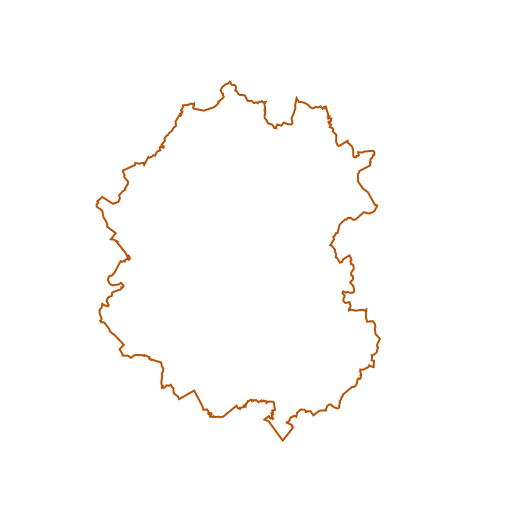 Jerez, Zacatecas, Mexico, rotated 216°
{"feature_id": "50627088B51147239881663", "entity_name": "Jerez", "entity_type": "district", "adm_level": 2, "iso_a3": "MEX", "parent_name": "Mexico", "parent_adm1": "Zacatecas", "projection": "robinson", "projection_center": [-103.004, 22.71], "detail": "fine", "context": "isolated", "style": "outline", "palette": "amber", "viewbox_px": 512, "rotation_deg": 216, "n_neighbors": 0, "source": "geoboundaries", "source_scale": "gbopen_adm2", "svg_char_len": 6142}
<svg xmlns="http://www.w3.org/2000/svg" viewBox="0 0 512 512"><g transform="rotate(216 256 256)"><path d="M360.7,159.4L361.1,155.5L362.6,153.9L362.8,152.4L361.9,149.7L357.9,147.5L354.9,147.9L350.3,152.4L349.5,154.9L345.6,154.0L345.4,152.0L346.5,151.6L345.7,149.8L350.6,142.5L350.7,141.6L349.2,139.0L351.4,135.3L350.4,131.8L346.2,129.6L346.2,128.4L349.6,127.0L352.2,126.9L350.6,123.7L350.8,120.1L350.3,120.0L348.5,117.4L343.9,114.5L343.6,112.9L344.0,112.1L342.3,111.4L340.4,112.8L338.8,112.8L331.6,110.5L330.2,109.3L326.4,108.8L325.4,109.2L310.7,106.5L311.6,100.4L306.3,98.1L305.5,96.9L301.0,100.1L297.3,100.1L296.2,103.8L295.2,105.2L289.7,108.9L287.8,109.4L288.0,110.2L282.8,111.6L282.4,110.2L279.7,110.3L279.8,110.8L270.2,114.1L267.3,111.4L264.9,110.6L263.4,108.0L262.9,105.2L261.7,104.4L258.2,97.9L255.4,95.2L255.1,95.7L254.5,94.1L252.5,95.9L252.4,98.7L250.4,99.6L249.4,101.7L246.8,100.5L245.3,100.7L242.1,96.7L236.3,96.4L234.1,95.0L226.9,110.8L210.9,102.9L208.2,100.7L205.5,103.0L202.9,102.2L202.1,100.5L201.2,100.0L200.7,100.3L200.8,101.9L199.6,102.5L198.9,101.4L198.7,99.1L196.5,100.2L196.3,101.4L195.0,101.3L191.8,104.0L190.4,104.4L188.1,106.7L183.8,123.4L181.2,122.2L179.1,122.8L179.7,123.8L177.0,126.6L177.9,127.6L177.6,128.4L176.0,128.3L177.4,130.3L176.8,131.3L177.3,133.9L176.6,134.3L175.9,136.3L174.8,137.2L174.0,136.3L173.2,136.6L172.8,138.4L171.6,138.7L171.1,139.6L167.9,139.2L166.7,142.4L165.6,142.0L165.1,143.3L164.0,143.3L163.2,144.5L162.4,144.5L161.1,143.3L160.5,145.4L157.0,147.9L155.6,148.1L150.1,142.5L152.0,140.6L150.5,139.8L151.2,138.0L150.5,137.7L150.1,138.6L148.9,138.0L149.7,136.2L146.5,134.6L146.7,134.0L148.0,134.6L148.7,133.0L151.5,133.9L153.0,128.6L148.5,129.7L125.9,122.4L125.2,138.9L126.7,139.1L126.9,140.1L128.1,140.3L133.1,139.2L133.2,139.9L132.1,141.8L133.1,145.7L131.8,147.4L131.7,148.7L130.4,149.0L130.0,150.1L129.1,149.9L130.6,153.4L129.7,158.0L126.5,160.0L124.4,159.8L124.0,159.1L123.2,159.6L123.2,160.5L120.6,162.5L115.9,160.8L114.0,167.4L112.7,169.1L108.6,172.2L109.3,172.8L110.2,177.0L109.3,179.0L107.8,180.0L106.3,179.4L103.1,179.7L100.6,180.4L99.8,181.5L99.8,182.6L101.1,184.4L102.0,187.0L102.9,187.5L102.9,189.4L103.8,192.1L103.4,193.0L104.2,194.8L101.3,206.7L99.7,207.8L99.2,209.2L99.3,211.2L101.3,216.3L101.1,217.3L99.7,217.6L99.5,218.5L101.0,221.5L101.4,221.2L102.1,222.7L103.7,223.6L104.9,225.5L103.4,226.1L102.0,227.8L99.8,232.1L100.1,234.3L98.2,234.2L95.5,235.3L98.9,240.4L101.2,239.6L102.9,242.9L104.0,243.7L102.5,245.8L101.7,248.6L103.7,253.9L104.5,253.8L105.9,255.5L107.1,261.8L113.4,263.1L117.4,267.3L117.5,268.5L119.8,270.9L123.3,271.9L127.3,268.2L130.8,270.7L135.3,277.5L135.9,275.7L138.1,275.3L143.1,270.4L147.2,268.8L148.8,266.5L149.6,267.6L149.6,270.0L150.4,271.5L151.9,272.2L152.7,273.5L153.2,273.7L156.1,270.5L158.6,270.9L159.9,272.3L160.9,276.1L164.3,276.8L164.7,278.7L161.7,279.1L161.2,280.4L157.7,281.9L156.1,283.4L155.7,284.4L156.0,285.6L159.6,288.9L164.2,289.8L164.4,291.1L163.7,292.8L164.2,294.7L166.1,296.8L167.6,296.4L168.6,297.5L169.3,298.6L169.3,303.0L171.8,305.8L173.4,305.9L174.2,305.2L176.6,307.5L176.5,309.1L178.9,310.6L180.4,310.8L180.5,312.1L183.5,304.6L182.9,301.8L184.4,299.9L189.2,302.2L190.7,301.8L192.2,304.4L195.1,306.3L195.7,307.5L201.2,309.0L202.2,308.5L202.7,315.3L204.7,316.8L204.1,319.5L204.9,321.2L203.5,322.6L206.8,330.5L205.4,337.9L204.1,338.8L204.0,340.8L201.8,342.4L198.4,342.5L196.8,344.2L194.6,354.7L188.9,357.1L188.8,358.3L187.4,359.7L186.6,362.1L187.4,367.9L187.9,368.2L189.6,367.2L203.1,373.4L208.7,373.3L217.8,376.4L218.0,377.5L221.6,381.8L221.7,384.5L222.3,385.5L216.8,396.5L218.8,398.6L218.3,399.4L219.5,400.0L220.3,401.7L219.8,403.1L220.0,405.6L220.6,406.4L219.8,407.2L221.2,409.6L223.1,410.0L229.8,404.1L230.8,402.2L234.4,400.0L231.9,397.8L233.5,395.9L232.9,394.8L233.8,393.9L234.8,393.6L236.2,394.3L239.8,399.0L242.8,401.1L248.5,401.7L249.5,403.0L253.6,393.6L255.3,393.7L258.3,395.4L262.1,401.2L267.0,401.9L267.8,403.7L269.0,404.4L272.2,403.7L272.4,406.3L274.3,405.9L276.0,407.0L274.7,407.9L275.4,408.5L274.8,409.0L275.9,411.5L278.3,409.8L278.6,412.0L279.8,411.1L279.9,412.2L287.4,417.9L287.8,417.2L287.2,416.8L287.4,415.8L288.6,415.8L288.7,414.2L291.7,415.1L293.2,412.6L295.6,411.5L296.0,409.8L297.0,408.7L299.3,408.2L302.9,408.8L306.3,408.5L309.8,407.3L311.7,405.8L315.9,407.5L312.7,400.5L311.2,399.1L309.0,392.4L308.2,388.2L305.1,385.6L304.5,384.1L305.1,382.8L308.2,381.2L311.9,380.3L312.1,376.3L315.9,375.0L315.5,374.4L315.9,373.8L315.7,372.3L314.6,371.2L316.5,370.2L318.4,371.4L320.8,371.7L324.1,370.4L326.5,371.4L326.8,372.0L329.9,372.6L332.0,375.2L331.7,376.2L332.8,376.7L333.6,378.7L334.5,378.5L335.0,379.1L334.8,380.2L338.6,384.0L338.8,386.2L340.5,384.5L342.4,384.8L342.7,383.5L344.3,382.5L344.3,380.7L346.2,380.4L347.5,378.5L350.3,379.0L354.0,376.6L359.5,379.3L361.8,378.3L363.4,376.8L365.5,376.6L368.0,378.0L369.9,377.6L370.9,380.0L372.2,381.5L373.5,381.8L376.0,380.3L379.6,381.6L380.1,378.9L381.5,377.0L382.6,372.6L381.9,369.1L379.3,367.8L378.1,368.0L377.5,366.6L376.0,366.1L375.5,365.2L377.1,358.4L376.4,358.3L376.3,356.6L377.3,351.9L383.7,342.9L393.1,338.6L394.3,339.3L394.6,341.4L395.9,343.0L396.5,341.5L398.1,341.2L400.2,337.7L403.6,335.1L402.6,333.3L402.2,329.6L400.4,329.6L399.7,326.8L401.8,327.1L399.7,326.5L399.4,325.1L400.7,324.7L400.1,317.4L397.2,314.3L398.2,310.5L397.5,308.8L398.6,304.0L398.4,302.2L399.2,300.2L399.0,297.1L397.6,295.9L397.7,290.5L395.0,290.4L394.4,289.2L397.6,288.2L397.5,286.9L395.5,285.2L397.2,282.7L397.3,280.4L396.6,277.9L398.4,277.0L398.4,275.6L400.0,272.9L401.3,273.0L400.0,264.0L401.7,265.4L405.1,261.8L408.4,260.4L407.4,258.6L413.8,247.0L412.2,245.3L410.5,244.8L408.8,242.3L403.1,240.9L401.9,238.6L401.7,233.7L400.7,233.0L401.9,229.9L402.5,224.9L400.1,222.7L399.2,218.9L402.4,214.1L415.1,213.4L416.5,207.0L415.0,206.6L415.2,204.0L413.9,202.3L407.1,202.3L402.0,197.6L397.5,195.8L394.3,193.5L393.6,192.2L382.9,192.0L383.2,184.3L380.8,185.6L377.4,186.1L377.8,185.7L364.0,182.0L360.1,180.2L359.7,181.4L358.3,181.2L358.5,179.9L356.5,180.0L356.7,178.1L358.7,178.0L359.3,176.2L359.0,174.3L360.0,174.3L361.2,172.3L362.5,172.2L360.7,159.4Z" fill="none" stroke="#b45309" stroke-width="2"/></g></svg>